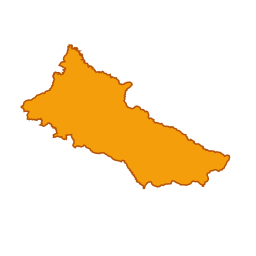 outline of Muhanga, Southern, Rwanda, rotated 119°
{"feature_id": "39286606B71619932434084", "entity_name": "Muhanga", "entity_type": "district", "adm_level": 2, "iso_a3": "RWA", "parent_name": "Rwanda", "parent_adm1": "Southern", "projection": "robinson", "projection_center": [29.724, -1.939], "detail": "fine", "context": "isolated", "style": "filled", "palette": "amber", "viewbox_px": 256, "rotation_deg": 119, "n_neighbors": 0, "source": "geoboundaries", "source_scale": "gbopen_adm2", "svg_char_len": 5916}
<svg xmlns="http://www.w3.org/2000/svg" viewBox="0 0 256 256"><g transform="rotate(119 128 128)"><path d="M167.2,215.7L165.8,214.1L166.0,213.4L165.5,212.9L165.8,212.6L165.3,211.4L164.9,211.2L164.2,211.4L163.3,209.9L162.0,208.8L162.4,207.9L162.9,208.1L163.0,206.7L165.4,206.3L165.8,205.3L167.9,206.4L167.3,204.1L167.5,202.9L166.4,201.9L165.1,201.5L164.2,200.7L162.4,200.3L162.0,199.7L162.2,198.2L161.7,197.9L162.0,196.6L163.1,195.4L163.4,195.7L163.7,194.7L163.4,194.2L164.1,193.6L163.5,193.2L163.8,193.0L163.5,192.1L163.2,191.9L163.9,191.1L163.3,191.0L164.5,189.6L165.3,189.3L167.0,187.4L169.9,189.8L170.7,189.3L171.0,189.5L171.6,188.7L172.2,188.6L171.1,187.2L169.6,186.0L169.2,185.3L168.9,182.8L167.8,181.8L168.3,181.5L169.0,180.2L168.9,178.1L167.4,177.4L167.6,176.6L165.9,177.3L165.0,178.2L164.2,178.5L161.2,174.2L163.2,172.9L164.5,170.6L164.4,170.1L164.9,170.1L165.0,169.5L166.0,168.6L167.9,167.9L168.6,168.1L170.0,167.7L170.9,165.5L170.8,164.6L168.9,164.4L167.9,162.9L168.0,162.5L167.4,161.1L167.2,159.8L165.5,158.3L164.5,158.3L164.3,158.0L164.2,156.5L165.2,155.3L164.7,151.1L165.8,149.7L165.6,148.4L166.1,147.9L166.2,147.2L165.7,144.3L164.8,141.9L164.3,141.6L164.1,140.3L162.5,139.4L162.4,138.5L161.4,137.1L161.8,134.6L161.5,134.0L162.0,132.2L161.5,128.7L162.2,126.9L162.1,126.4L162.5,125.8L162.3,125.2L162.4,124.1L160.9,119.3L160.8,117.6L159.1,117.3L158.5,115.0L159.8,114.4L159.9,112.3L160.4,111.3L161.4,110.8L161.6,110.1L162.8,108.7L163.2,107.5L163.2,106.1L164.1,105.9L164.1,104.8L164.8,104.3L165.0,103.4L164.7,102.5L166.1,102.3L166.1,100.6L166.9,100.2L166.5,99.6L167.8,98.1L167.7,97.2L168.3,96.5L169.1,96.6L169.4,94.6L170.5,94.6L170.7,93.8L170.2,92.0L170.8,91.1L170.5,90.3L171.2,90.1L171.0,89.2L171.2,88.2L170.9,87.3L171.2,86.7L173.3,85.2L172.8,84.4L170.5,85.0L167.7,84.8L165.9,84.1L164.4,82.7L164.0,81.9L164.1,81.2L165.3,80.1L165.9,78.1L165.1,73.5L164.5,73.3L163.9,71.9L161.8,71.3L160.9,69.1L159.3,68.5L155.9,63.4L153.1,63.9L152.0,62.1L152.3,59.3L151.8,55.8L152.2,54.4L151.0,52.6L149.6,49.1L146.3,46.2L143.6,45.9L142.9,45.3L142.2,42.9L141.0,41.0L142.0,37.5L141.9,35.6L142.7,34.7L142.6,34.0L141.9,33.7L141.0,34.5L139.7,33.6L138.3,34.4L136.2,32.9L134.0,32.8L132.4,34.0L130.7,36.2L129.1,36.5L127.4,34.9L126.0,35.3L125.1,34.6L124.3,33.2L122.9,32.3L121.9,30.9L121.9,27.6L119.9,26.9L119.3,26.5L119.1,25.5L117.8,25.5L117.0,24.7L116.2,24.5L114.9,24.9L113.0,24.6L109.5,25.0L107.3,24.3L104.8,24.9L103.7,25.5L103.2,26.2L103.6,28.1L105.9,29.8L105.0,31.5L105.2,33.0L104.6,35.4L105.3,36.5L105.7,38.5L106.5,39.7L107.2,40.0L106.6,41.3L107.9,44.7L108.6,45.0L108.8,45.5L108.7,48.5L109.4,48.5L109.6,49.2L109.1,50.2L109.6,52.3L109.1,53.0L108.2,52.8L107.9,53.3L108.2,55.3L107.7,58.5L109.3,61.1L109.0,61.9L109.1,63.3L107.9,63.4L107.6,67.5L108.5,67.4L109.2,70.0L108.3,70.5L108.0,71.6L107.2,72.0L106.8,73.6L105.9,74.1L106.8,76.7L106.4,77.7L106.4,79.2L105.7,80.4L105.6,82.1L106.3,83.8L105.4,85.2L105.9,87.8L105.2,89.4L106.1,90.0L106.1,91.1L107.1,91.3L107.3,91.8L107.0,93.0L107.1,93.6L108.7,96.7L108.7,98.6L107.7,100.7L108.7,101.8L109.4,105.7L110.4,106.8L109.6,108.8L109.6,109.3L108.4,109.3L108.2,109.5L108.4,111.5L108.2,112.6L109.5,114.0L108.9,114.6L108.5,115.7L107.3,115.8L106.4,116.3L104.4,118.6L104.5,120.2L105.5,120.8L104.5,123.2L105.6,125.9L104.2,127.8L104.5,130.8L104.9,130.9L105.8,132.2L106.8,132.1L108.6,133.1L109.4,135.0L109.8,138.4L109.3,139.9L107.6,141.5L106.3,144.6L103.9,144.9L103.2,145.8L101.9,145.7L101.4,146.9L99.9,146.5L99.0,147.4L97.9,147.4L97.3,148.0L96.5,148.2L95.3,147.3L94.5,147.8L90.7,145.9L89.8,146.0L88.6,145.4L87.9,145.6L87.1,146.6L87.0,148.6L88.8,151.1L89.6,151.6L90.2,152.4L91.3,152.6L92.5,153.7L92.8,154.5L92.8,155.4L93.3,155.7L93.5,156.3L93.4,157.1L92.8,157.6L92.5,158.4L91.7,158.4L91.1,159.1L90.8,160.9L90.3,162.3L89.9,162.5L90.6,163.4L91.0,166.4L92.1,167.1L91.9,167.9L91.1,168.0L90.9,168.7L89.8,169.6L91.1,170.7L91.5,172.3L91.0,173.4L91.7,175.3L90.9,176.6L90.9,177.7L91.1,178.0L92.4,178.1L92.6,180.0L93.4,180.0L93.3,181.5L94.3,182.4L94.6,183.4L94.4,184.1L93.6,184.6L93.7,185.2L93.0,186.1L93.5,188.1L93.0,188.5L92.2,188.2L92.3,189.0L91.8,189.7L92.0,190.7L92.6,191.0L92.3,191.7L93.7,192.2L93.1,193.2L92.0,193.6L91.3,194.8L91.7,196.2L92.3,196.5L92.0,197.2L92.1,198.3L91.6,198.7L90.7,198.1L90.1,198.6L89.8,199.4L90.4,201.2L89.6,200.5L89.0,201.5L88.2,201.4L87.5,203.6L86.6,203.1L85.8,203.6L86.1,205.1L87.4,205.0L87.2,206.2L85.6,206.6L85.6,207.4L85.2,208.4L84.2,207.7L85.0,209.7L84.7,212.2L84.0,212.5L83.7,212.3L83.6,210.8L83.3,210.4L82.7,211.3L82.9,212.4L83.8,212.9L83.7,213.7L84.4,214.0L85.0,213.7L85.8,215.5L85.5,216.0L84.3,215.9L84.3,216.7L83.0,216.8L82.9,217.7L83.8,218.9L83.9,219.4L84.2,219.1L85.1,219.2L85.3,218.9L85.5,219.9L85.8,220.0L87.9,218.6L88.4,218.7L88.8,218.0L89.6,218.3L90.4,218.2L91.5,217.4L92.4,217.8L93.7,217.5L96.0,218.4L97.0,218.3L98.8,218.0L99.4,217.5L100.3,215.9L100.2,214.9L102.0,217.5L103.2,218.3L106.5,218.6L106.1,216.1L106.3,214.1L106.1,211.7L106.8,211.3L106.9,211.6L108.0,211.7L108.2,212.4L108.5,211.9L108.7,212.2L108.8,211.4L109.2,210.9L110.0,211.2L111.5,211.3L111.5,211.7L111.8,211.4L111.6,211.0L112.3,211.0L112.3,211.6L113.5,212.0L113.9,212.7L113.3,213.9L113.7,213.9L113.6,214.5L114.1,214.9L113.2,214.8L113.1,215.3L114.5,217.5L114.2,218.2L115.2,218.6L115.0,218.9L116.1,219.4L116.5,219.2L116.5,218.8L117.1,218.6L117.7,219.0L118.5,218.9L118.6,218.4L119.7,218.4L119.8,217.5L120.5,217.1L120.6,216.4L121.1,216.0L122.7,216.0L123.4,215.4L124.7,215.8L125.6,215.0L126.5,214.9L127.3,214.4L127.7,215.0L130.1,214.6L131.7,215.2L132.5,214.6L136.2,217.9L138.1,217.8L138.8,219.6L141.6,221.5L143.6,223.5L146.8,224.1L147.9,225.1L150.7,226.3L151.8,228.6L153.9,230.6L156.3,231.3L158.5,230.6L159.7,230.9L160.1,230.6L160.8,231.7L161.6,231.4L161.8,230.5L161.6,229.2L162.3,227.9L163.9,226.9L162.4,224.9L161.9,223.2L161.9,222.5L165.7,222.6L167.1,220.8L168.2,220.8L168.4,220.2L168.9,220.2L168.5,218.3L168.0,218.3L167.0,216.5L167.2,215.7Z" fill="#f59e0b" stroke="#b45309" stroke-width="1.5"/></g></svg>